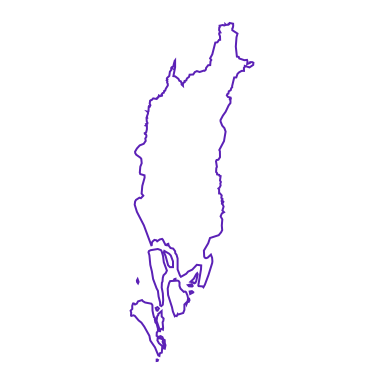 the district of Nuea Khlong, Krabi, Thailand
{"feature_id": "78962969B85849913295543", "entity_name": "Nuea Khlong", "entity_type": "district", "adm_level": 2, "iso_a3": "THA", "parent_name": "Thailand", "parent_adm1": "Krabi", "projection": "equal_earth", "projection_center": [99.032, 8.005], "detail": "fine", "context": "isolated", "style": "outline", "palette": "violet", "viewbox_px": 384, "rotation_deg": 0, "n_neighbors": 0, "source": "geoboundaries", "source_scale": "gbopen_adm2", "svg_char_len": 5997}
<svg xmlns="http://www.w3.org/2000/svg" viewBox="0 0 384 384"><path d="M175.1,60.4L174.5,61.2L174.5,62.7L174.1,62.9L173.3,66.5L172.0,67.1L172.3,67.9L171.8,67.5L171.2,68.0L171.3,69.9L169.9,71.7L169.3,75.9L167.0,78.1L166.8,78.9L167.4,79.6L166.7,80.5L167.4,81.3L167.1,82.5L167.8,83.9L167.8,85.5L165.8,88.7L165.2,90.6L164.2,90.9L163.8,92.7L162.6,93.1L161.5,94.5L162.1,95.2L162.0,95.7L160.0,96.2L158.9,95.5L158.5,97.0L157.4,98.2L157.3,97.8L156.2,98.9L153.2,98.4L151.8,99.9L151.3,100.1L151.3,99.4L151.0,100.3L150.1,100.7L149.7,103.5L150.4,105.3L149.7,106.7L149.1,106.4L149.1,106.9L148.7,107.0L148.5,111.2L148.2,111.9L147.4,111.7L148.0,112.3L148.0,113.5L147.0,116.2L147.1,117.2L146.8,117.0L146.5,117.7L146.8,121.7L147.4,122.6L147.4,123.5L146.2,124.0L146.6,124.6L145.7,125.5L146.9,125.9L146.9,129.2L146.2,132.2L144.7,133.2L144.9,133.9L146.0,134.4L146.4,135.6L146.3,136.9L145.3,138.5L145.7,140.9L143.7,143.8L139.7,145.4L136.9,148.5L135.1,151.6L135.2,153.0L136.2,154.7L140.4,157.7L141.3,158.9L141.7,163.2L140.3,166.7L139.8,172.6L140.3,174.1L144.5,175.3L144.6,177.6L142.3,185.9L141.6,193.6L143.3,195.7L140.9,198.2L139.4,197.7L136.0,199.9L135.1,201.5L134.7,204.7L136.9,211.8L143.9,225.4L151.3,245.3L151.7,245.2L152.0,242.5L152.5,241.6L154.4,239.9L156.4,240.3L157.2,241.3L159.7,239.5L162.1,238.9L162.8,239.6L165.5,245.0L166.9,245.3L167.3,244.1L168.3,243.8L168.7,245.6L170.5,248.0L173.2,248.6L175.1,251.2L175.3,253.2L176.5,254.7L177.6,258.5L177.6,269.4L180.0,275.6L180.9,276.8L186.2,273.8L188.1,271.6L192.3,269.6L196.8,264.8L201.2,265.4L201.0,269.3L198.3,285.5L198.6,286.1L202.5,286.4L203.4,287.3L204.9,284.6L208.4,275.2L212.2,263.0L212.4,261.3L212.1,257.8L210.9,254.6L207.6,257.7L206.0,258.2L204.7,257.6L204.2,256.5L203.9,250.6L208.2,243.3L210.0,238.0L218.7,235.2L221.1,232.3L222.2,230.1L221.8,225.6L222.3,219.4L220.6,216.3L221.9,213.4L224.0,212.2L222.4,210.5L223.6,206.6L222.8,204.7L221.9,203.7L222.0,202.7L222.8,202.9L223.4,201.8L222.5,200.7L221.7,200.8L221.7,200.1L222.5,199.0L221.3,197.8L221.7,195.4L220.0,193.4L219.1,193.4L219.1,189.6L218.4,188.5L219.5,187.7L220.6,185.5L220.3,183.5L220.9,182.0L220.0,180.5L220.6,176.1L219.5,175.8L219.2,174.9L217.1,174.4L217.0,173.0L216.1,172.0L216.3,168.1L216.9,166.9L216.0,161.3L216.6,160.0L218.4,159.7L220.0,157.2L219.9,151.2L219.3,150.0L224.0,141.1L225.6,131.6L224.4,128.1L222.2,125.6L220.6,121.6L220.5,120.1L222.9,115.6L225.6,111.8L228.7,105.3L230.4,103.1L230.5,100.7L229.7,99.2L229.9,98.5L230.8,98.5L230.6,97.6L227.9,96.9L226.8,95.3L227.5,93.9L228.4,93.6L228.8,91.3L230.7,90.2L231.2,88.3L232.2,87.2L232.1,86.2L234.2,77.5L236.3,77.4L237.5,73.9L239.0,72.4L241.6,70.9L244.0,70.9L243.9,67.9L244.7,67.0L244.8,65.9L249.5,67.4L253.2,64.9L253.4,62.7L252.1,62.1L250.2,62.1L250.0,62.9L247.2,64.0L247.5,61.6L247.0,59.9L244.4,60.2L239.9,58.7L239.2,58.4L238.7,56.9L236.9,56.6L235.8,46.6L236.5,37.2L237.5,33.6L232.3,30.2L232.3,28.4L232.8,27.9L233.2,25.9L233.1,23.7L229.7,23.0L229.3,23.9L228.6,23.8L228.4,24.7L225.9,24.9L225.3,24.3L225.3,25.1L224.1,25.5L222.9,25.0L219.6,25.7L219.8,27.0L219.3,27.4L219.1,30.1L220.4,32.5L219.5,32.7L219.1,33.9L220.0,36.3L220.1,39.8L219.0,39.9L217.4,42.3L215.3,42.6L212.3,54.3L210.1,58.4L211.3,60.0L210.5,61.3L210.2,65.1L208.2,65.2L206.1,67.9L205.8,69.7L204.6,70.8L203.9,70.6L199.6,72.0L196.9,71.1L194.8,72.1L193.2,74.5L189.6,74.7L189.0,76.9L186.9,78.5L186.3,80.4L184.6,81.0L184.7,82.1L183.5,82.6L182.8,84.8L182.9,85.7L181.6,84.5L181.6,83.3L180.8,81.3L179.4,80.8L178.4,78.8L175.2,76.4L173.4,76.1L175.1,67.3L175.1,60.4ZM142.9,301.2L142.0,300.1L138.0,301.4L136.8,303.6L135.0,304.5L133.8,303.4L133.0,303.5L132.2,306.0L132.3,308.9L130.6,310.7L131.2,312.7L131.0,315.4L131.3,315.9L133.5,315.3L134.8,315.9L138.6,320.4L141.4,322.6L144.3,326.7L149.4,335.8L150.3,340.5L155.0,347.4L158.3,355.4L159.4,355.9L159.8,353.3L161.8,352.6L162.3,346.1L158.9,343.2L157.4,340.4L157.7,337.9L158.5,337.9L158.9,339.3L158.6,337.1L156.6,335.8L156.8,332.5L158.0,331.1L157.9,329.8L158.6,329.3L157.8,328.2L156.6,323.7L155.4,322.4L154.8,319.4L155.1,318.5L154.7,317.5L154.0,317.3L153.2,314.1L152.5,310.6L152.4,305.2L151.4,303.7L145.1,302.5L142.9,301.2ZM160.9,250.1L157.8,249.0L150.6,250.2L149.0,251.0L148.5,252.2L149.4,255.3L150.3,264.9L151.9,271.5L153.1,279.0L156.6,288.4L157.9,290.8L158.6,296.6L160.1,302.3L160.2,305.4L161.3,306.1L162.8,304.7L163.2,300.1L162.8,293.3L161.7,287.5L161.9,282.8L162.5,281.5L162.8,277.8L163.5,275.3L165.8,273.0L166.9,270.6L163.8,262.2L163.0,255.9L161.6,251.2L160.9,250.1ZM178.6,281.0L177.6,280.6L170.1,281.1L169.1,283.0L167.7,288.5L168.1,295.0L172.0,307.3L172.9,311.5L174.8,316.2L175.4,315.7L176.7,316.1L177.7,314.1L178.0,314.6L183.2,313.0L184.4,309.9L184.4,304.5L186.1,302.8L186.5,304.3L187.4,302.0L188.1,298.3L187.4,295.3L186.0,292.1L185.0,291.5L183.8,291.9L180.5,288.6L179.5,286.0L179.5,282.4L178.6,281.0ZM163.1,327.8L162.6,322.2L163.3,320.9L163.6,318.5L161.7,316.6L161.6,311.1L158.2,314.1L158.3,315.0L157.2,316.3L156.6,320.9L160.0,330.7L159.9,332.1L160.5,329.3L161.6,328.8L162.9,329.6L163.1,327.8ZM173.0,267.1L173.0,261.4L170.8,255.5L169.1,253.7L164.3,250.9L163.9,252.1L165.6,256.1L168.1,265.2L169.9,267.1L173.0,267.1ZM196.2,281.2L197.7,274.2L197.2,273.2L196.1,274.4L193.8,278.7L190.5,281.8L193.6,282.5L194.5,283.3L195.4,282.8L196.2,281.2ZM164.8,348.7L165.5,345.2L164.8,343.2L164.7,340.1L163.9,339.7L162.9,340.7L162.6,341.8L164.3,346.6L164.1,348.5L164.8,348.7ZM157.5,310.7L158.9,308.5L157.5,307.1L155.7,308.0L156.6,310.5L157.5,310.7ZM192.7,286.0L191.8,284.2L187.9,285.1L189.0,286.3L192.1,286.5L192.7,286.0ZM190.2,294.0L193.3,292.4L193.3,292.2L191.9,291.1L189.7,291.5L190.2,294.0ZM162.1,339.1L163.1,338.7L162.4,337.1L160.6,336.1L159.8,336.4L160.2,338.4L162.1,339.1ZM138.0,283.3L138.6,281.9L137.6,279.1L136.9,280.4L137.0,281.9L138.0,283.3ZM188.7,301.9L189.5,300.2L189.3,299.4L188.7,300.1L188.3,301.8L188.7,301.9ZM175.5,278.8L174.4,279.1L174.1,279.6L175.5,279.9L175.5,278.8ZM157.0,359.6L156.7,358.7L156.7,361.0L157.6,360.9L158.0,360.0L157.0,359.6ZM194.4,283.4L193.9,282.9L193.4,282.9L194.4,283.4Z" fill="none" stroke="#5b21b6" stroke-width="2"/></svg>